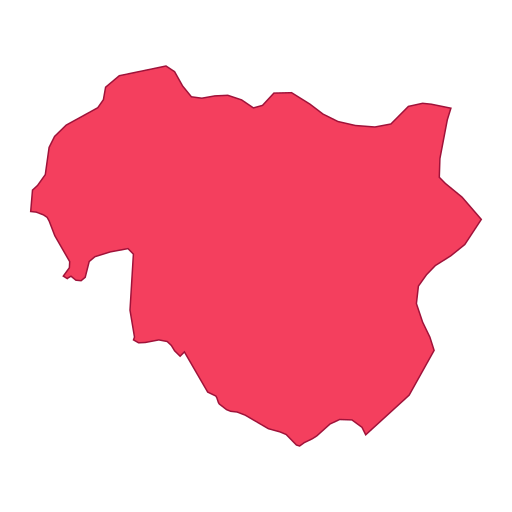 the border of Nayala
{"feature_id": "BFA-2807", "entity_name": "Nayala", "entity_type": "Province", "adm_level": 1, "iso_a3": "BFA", "parent_name": "Burkina Faso", "parent_adm1": "", "projection": "orthographic", "projection_center": [-3.069, 12.674], "detail": "fine", "context": "isolated", "style": "filled", "palette": "rose", "viewbox_px": 512, "rotation_deg": 0, "n_neighbors": 0, "source": "natural_earth", "source_scale": "10m", "svg_char_len": 1319}
<svg xmlns="http://www.w3.org/2000/svg" viewBox="0 0 512 512"><path d="M481.3,219.4L464.8,244.5L450.8,255.8L435.4,265.5L426.5,274.7L418.4,286.1L416.4,303.6L422.6,322.1L429.9,337.2L434.1,350.4L409.1,395.2L365.7,434.8L362.0,427.3L351.9,419.9L339.6,419.5L330.0,424.0L316.9,435.8L312.4,438.7L304.3,442.6L299.6,446.0L296.4,445.0L286.2,434.5L280.0,431.9L268.4,428.7L245.1,415.1L237.0,412.0L230.7,411.3L226.5,409.6L219.3,404.0L218.4,402.5L216.8,397.7L215.8,396.0L207.7,392.1L184.4,351.9L180.1,356.2L174.6,350.8L171.4,345.5L167.2,341.5L158.8,339.9L145.2,342.5L138.6,342.8L133.5,339.9L134.5,337.1L130.0,310.2L133.4,254.1L128.0,248.6L110.3,251.9L94.9,256.7L89.2,261.5L85.2,277.3L81.1,280.7L75.9,280.2L71.0,276.2L68.1,277.9L67.3,278.6L63.3,276.1L69.4,267.7L69.7,261.6L54.8,235.7L49.2,221.1L47.1,217.3L43.5,214.9L36.2,212.1L30.7,211.5L32.5,190.1L37.6,185.4L45.3,174.6L49.1,147.4L54.6,136.4L66.2,125.1L97.8,107.7L103.4,99.7L105.6,87.2L119.3,75.7L166.0,66.0L174.6,71.7L182.6,86.0L191.4,96.8L201.8,98.2L214.9,95.9L227.8,95.3L241.6,99.9L253.4,107.9L262.5,105.4L273.9,93.1L291.6,92.7L309.9,104.1L323.0,114.1L337.9,121.5L355.4,125.5L374.9,127.0L390.9,124.0L408.4,106.4L422.6,103.3L431.3,104.2L450.9,108.2L447.3,119.8L439.9,158.6L439.3,177.3L445.3,183.4L462.1,197.2L481.3,219.4Z" fill="#f43f5e" stroke="#9f1239" stroke-width="1.5"/></svg>